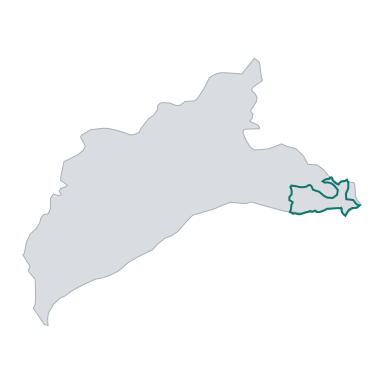 where Cahul sits in Moldova, rotated 270°
{"feature_id": "MDA-1624", "entity_name": "Cahul", "entity_type": "District", "adm_level": 1, "iso_a3": "MDA", "parent_name": "Moldova", "parent_adm1": "", "projection": "mercator", "projection_center": [28.292, 45.784], "detail": "fine", "context": "in_parent", "style": "outline", "palette": "teal", "viewbox_px": 384, "rotation_deg": 270, "n_neighbors": 0, "source": "natural_earth", "source_scale": "10m", "svg_char_len": 3252}
<svg xmlns="http://www.w3.org/2000/svg" viewBox="0 0 384 384"><g transform="rotate(270 192 192)"><path d="M58.3,48.0L59.9,44.1L75.6,33.4L79.7,35.2L87.9,35.6L104.7,35.2L113.0,28.2L118.0,30.2L122.2,27.0L129.1,23.0L130.1,23.9L131.0,24.5L141.7,26.3L149.7,30.1L155.1,35.9L160.7,39.6L166.4,41.0L169.5,43.9L170.2,48.3L175.5,50.5L185.6,50.4L189.9,53.4L188.3,59.3L189.4,61.2L193.0,59.2L195.7,60.9L197.1,65.3L198.7,67.4L203.8,60.5L209.3,61.2L222.4,64.0L229.4,78.2L233.7,83.2L237.6,85.3L242.4,83.1L246.7,80.5L249.1,81.7L254.4,91.0L255.7,103.2L255.6,108.1L253.8,116.4L251.1,125.2L249.0,130.9L249.9,135.5L251.8,139.3L254.9,140.5L265.0,148.3L268.8,153.6L274.3,157.6L278.5,157.8L280.7,160.0L281.4,162.8L280.9,169.6L278.5,176.1L278.8,180.2L282.5,185.1L282.9,190.7L283.1,194.4L285.1,197.2L294.4,203.4L306.4,209.5L309.5,214.6L311.4,221.1L310.8,232.1L310.0,241.7L325.7,254.5L323.9,256.8L321.5,259.5L306.5,261.4L303.4,262.5L296.9,252.8L293.4,251.6L290.2,255.2L286.4,257.1L281.9,256.1L277.0,253.2L274.5,251.1L272.6,250.8L269.5,252.9L265.5,252.0L262.8,249.6L259.0,257.8L256.6,259.5L255.2,259.3L254.9,245.4L253.8,243.3L250.7,243.0L243.4,246.3L236.4,250.5L234.1,254.3L234.3,261.2L235.3,269.3L240.1,281.6L237.5,287.0L235.6,295.5L228.1,303.4L219.7,307.9L219.0,317.2L214.3,323.6L206.3,329.9L200.9,337.5L202.2,342.8L202.6,347.7L201.7,351.1L201.4,353.7L199.3,354.8L187.1,355.7L183.6,357.3L179.6,361.0L175.8,354.1L172.0,348.1L169.1,344.8L170.3,343.3L173.4,341.6L175.6,339.6L175.3,332.4L173.7,324.1L172.2,320.1L172.1,313.8L171.0,304.0L172.5,285.8L178.6,262.8L182.0,251.3L180.4,245.1L181.7,230.4L179.0,223.1L174.9,213.6L168.9,192.8L161.5,185.6L152.3,177.6L148.4,171.6L145.8,164.9L140.3,158.3L134.1,152.2L126.6,137.0L122.7,130.2L121.5,128.3L113.0,118.5L108.5,109.7L106.2,102.4L104.9,95.6L98.9,82.3L93.4,72.2L88.2,65.1L85.8,60.0L79.8,53.6L71.1,48.5L65.5,47.6L58.3,48.0Z" fill="#d9dde1" stroke="#a8b0b8" stroke-width="1"/><path d="M171.7,290.5L171.9,289.9L175.2,291.1L178.8,291.3L181.7,292.7L182.9,291.2L183.7,289.4L186.8,289.3L189.7,291.6L193.4,291.7L197.0,290.4L197.5,291.3L198.4,291.4L197.9,295.5L196.9,299.8L196.8,303.3L197.4,306.6L198.4,307.8L199.1,309.4L198.2,311.1L196.8,312.0L194.4,312.9L193.3,315.7L192.4,318.9L188.3,323.8L186.4,327.2L186.0,332.7L189.1,337.0L194.0,337.9L198.5,334.2L200.6,331.4L201.6,327.9L201.4,324.7L202.7,322.6L204.6,325.4L205.3,329.7L206.3,329.9L206.7,331.1L206.2,332.0L204.0,332.7L202.7,333.6L201.8,334.5L200.1,337.1L199.5,338.4L200.2,339.2L201.4,339.9L202.4,340.9L202.8,342.4L202.9,343.9L203.3,345.4L204.3,346.9L202.3,347.9L201.9,348.3L201.6,348.3L195.9,348.3L190.2,345.9L184.8,346.3L184.1,352.1L184.0,353.2L180.0,356.3L179.3,357.6L178.8,359.0L178.6,359.7L176.6,357.3L176.1,356.2L176.0,352.5L175.9,352.3L175.7,352.0L175.5,351.3L174.2,349.0L172.4,347.7L168.2,345.4L169.1,344.2L170.4,343.0L171.6,342.0L172.6,341.7L175.1,341.7L176.2,341.2L175.8,339.8L175.9,338.0L175.2,327.1L174.6,326.0L173.3,323.4L172.1,320.1L171.9,317.0L172.2,316.4L173.2,315.6L173.4,315.1L173.3,314.7L172.6,313.3L172.4,312.5L172.5,311.6L172.8,310.8L173.0,310.0L172.6,309.1L172.2,308.3L172.0,307.7L171.9,306.4L170.0,301.0L169.7,299.4L169.9,298.3L170.8,294.5L170.8,293.9L170.3,293.6L170.3,293.0L170.5,292.4L171.1,292.0L171.7,290.5Z" fill="none" stroke="#0f766e" stroke-width="2"/></g></svg>